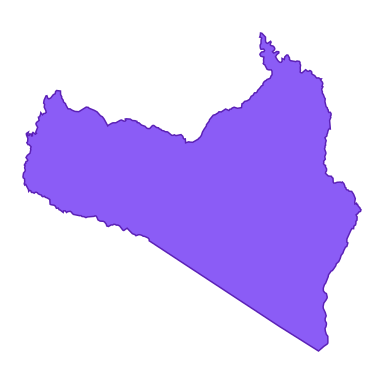 Araguaçu, Tocantins, Brazil (Natural Earth projection)
{"feature_id": "56859067B84817791137165", "entity_name": "Araguaçu", "entity_type": "district", "adm_level": 2, "iso_a3": "BRA", "parent_name": "Brazil", "parent_adm1": "Tocantins", "projection": "natural_earth1", "projection_center": [-49.734, -12.841], "detail": "fine", "context": "isolated", "style": "filled", "palette": "violet", "viewbox_px": 384, "rotation_deg": 0, "n_neighbors": 0, "source": "geoboundaries", "source_scale": "gbopen_adm2", "svg_char_len": 5861}
<svg xmlns="http://www.w3.org/2000/svg" viewBox="0 0 384 384"><path d="M321.4,78.9L320.1,78.9L318.8,77.9L316.5,78.0L314.7,75.6L312.5,74.4L311.6,73.5L311.8,72.1L310.8,70.9L309.8,70.5L308.7,71.3L307.4,71.2L305.7,69.7L302.0,72.9L300.9,72.7L300.1,72.0L300.4,70.4L300.2,67.6L300.6,65.1L300.0,63.9L300.0,62.4L299.4,61.4L297.0,61.0L295.8,61.6L290.6,60.7L289.4,59.5L289.5,58.0L287.8,55.0L286.7,55.0L284.8,56.9L284.3,59.5L282.0,58.4L282.1,61.1L281.3,62.2L280.1,62.4L279.2,61.9L277.8,60.5L275.5,56.8L276.8,54.6L278.9,52.9L278.7,51.7L276.7,51.5L274.8,52.7L273.6,53.0L272.5,51.7L274.5,49.8L274.8,48.7L274.3,47.3L273.0,46.0L271.0,45.6L270.3,44.9L270.5,43.5L271.1,42.2L270.6,41.3L267.5,43.4L266.5,43.0L265.7,41.9L265.5,40.6L265.5,37.1L261.9,33.3L260.5,33.0L260.2,35.9L259.7,37.1L260.8,37.4L261.7,38.1L261.1,39.7L261.0,43.6L260.3,44.7L260.1,45.8L260.4,48.2L261.0,49.3L263.7,49.0L264.6,50.4L263.9,51.7L261.8,51.9L260.3,53.4L259.9,54.6L260.8,56.2L263.9,57.1L263.5,59.9L263.7,62.4L263.2,63.5L263.8,64.3L264.7,64.7L267.1,69.3L268.4,69.8L271.2,69.9L272.0,71.2L272.1,74.7L271.2,75.7L270.1,78.3L267.0,79.5L266.2,80.4L265.0,81.0L263.8,82.1L263.0,83.6L262.9,85.2L261.4,86.0L259.5,88.5L257.7,90.3L257.1,91.9L256.1,92.8L254.5,92.8L253.0,95.3L251.2,96.3L249.5,99.4L246.9,100.9L244.6,101.4L243.0,103.3L242.0,103.7L241.5,107.6L237.5,108.3L234.1,107.2L232.0,108.1L231.4,109.0L229.9,109.2L228.9,110.5L225.6,109.0L221.3,111.9L218.9,111.8L217.5,113.4L216.7,113.6L215.6,114.5L213.2,115.2L209.5,119.7L209.2,121.1L206.5,124.6L206.3,126.1L204.3,128.9L202.5,132.0L201.4,135.4L199.7,137.7L198.7,138.3L198.1,139.2L192.7,142.3L189.8,142.1L188.8,141.8L185.6,142.8L185.3,138.9L184.3,139.1L183.4,138.4L182.8,136.3L181.0,134.6L176.7,135.5L175.6,135.5L174.3,134.8L173.0,135.4L171.7,135.3L167.6,131.9L165.2,131.7L163.9,130.9L161.5,130.3L161.0,129.4L159.2,128.8L158.6,127.8L156.5,127.5L153.9,125.5L153.0,125.4L152.1,125.9L150.0,128.3L149.1,128.6L147.7,128.5L146.6,128.0L145.0,126.3L141.4,125.0L139.1,122.9L137.1,122.5L137.0,121.4L135.0,120.7L132.3,120.5L130.3,119.1L126.1,118.8L125.2,119.1L125.8,120.4L124.9,121.2L123.8,121.1L121.5,120.0L120.3,120.3L115.8,122.8L113.0,122.8L111.7,123.3L108.5,125.1L107.8,125.9L104.0,118.9L102.4,116.8L100.4,115.7L97.1,111.9L94.2,110.3L89.2,108.3L88.3,107.4L86.2,107.1L78.8,111.7L74.9,111.4L71.9,110.1L70.1,108.9L68.0,108.8L65.9,105.0L65.5,103.7L63.5,101.9L63.1,100.0L61.6,98.0L61.8,96.9L60.6,94.6L60.5,91.0L56.6,90.5L55.6,91.5L55.2,93.7L53.3,94.7L50.7,98.0L49.3,98.7L48.4,98.7L47.7,98.0L46.9,95.7L46.0,95.9L44.1,100.2L43.6,103.1L44.6,104.3L44.2,107.1L45.8,110.6L46.2,112.4L45.2,113.3L43.8,113.5L42.5,114.8L40.8,112.7L40.5,114.5L39.6,116.7L38.4,117.2L39.1,120.4L37.0,122.0L36.0,123.3L36.1,124.6L37.7,127.3L35.7,132.3L36.5,133.3L35.4,134.2L33.0,132.4L32.3,133.3L32.4,135.8L31.5,135.9L31.1,134.1L29.7,133.9L29.2,135.5L28.1,135.6L27.8,134.6L28.4,132.1L26.4,133.5L26.4,134.8L27.9,138.5L27.6,141.7L26.8,142.7L28.1,144.7L29.1,144.6L31.1,146.8L30.5,148.5L30.8,149.6L30.0,153.2L27.3,155.4L26.0,157.5L27.8,160.1L27.2,161.1L26.1,161.5L25.6,162.4L25.7,163.5L24.6,164.2L24.4,165.2L25.1,165.9L24.6,167.8L25.3,170.0L24.9,171.4L23.5,173.1L23.0,176.5L23.2,177.8L24.5,178.7L24.7,181.7L24.2,183.9L24.8,185.1L25.7,184.4L28.5,189.7L28.7,191.3L29.5,190.4L30.7,190.7L31.5,192.4L33.0,192.5L34.2,193.2L35.2,192.3L36.5,192.3L37.4,192.7L38.1,193.7L39.2,194.3L41.5,195.2L41.9,196.2L42.7,196.7L44.6,196.3L45.3,197.3L47.2,197.9L49.8,199.5L50.1,204.2L51.0,204.7L54.0,205.2L55.4,206.2L56.4,208.3L58.2,208.1L59.2,209.8L60.1,210.0L63.2,212.4L63.5,210.9L65.1,210.8L66.6,212.5L67.5,211.7L70.2,211.3L71.6,212.3L72.2,213.3L73.4,214.4L79.6,215.7L81.0,215.6L82.0,216.5L84.2,216.7L85.9,217.6L87.5,216.9L94.0,216.4L95.1,215.8L96.1,216.1L96.9,217.2L98.0,219.9L100.1,221.1L103.2,221.3L104.5,221.9L106.3,224.3L106.7,225.9L108.4,226.5L111.2,224.9L112.7,225.0L113.8,224.3L115.2,224.4L116.2,225.1L117.9,225.1L119.7,226.0L122.8,230.1L123.8,230.5L127.1,228.2L132.4,233.7L134.9,234.6L135.9,235.7L138.6,234.7L140.0,234.7L142.0,235.4L143.1,236.2L144.7,236.4L148.0,237.9L149.2,239.3L149.2,240.8L279.7,326.6L318.5,351.0L323.9,346.3L327.0,344.2L327.7,343.4L327.9,342.3L327.8,336.3L326.3,334.3L325.4,331.3L325.0,328.4L325.9,326.8L326.4,324.7L326.4,323.0L325.3,321.0L325.1,319.8L325.2,318.4L326.2,315.9L325.3,312.7L323.3,308.4L323.1,306.7L323.8,303.1L326.1,299.9L327.1,298.0L327.2,297.0L326.4,293.6L324.8,292.7L323.4,290.9L323.3,288.1L324.4,284.7L325.6,283.2L327.0,279.7L328.2,276.7L328.5,274.8L331.1,271.1L332.3,270.6L333.3,269.4L335.7,265.9L336.3,263.8L338.8,261.5L340.2,258.5L341.1,255.4L342.9,253.1L343.8,250.5L345.5,247.1L346.8,246.5L347.9,242.9L346.8,242.0L346.9,239.0L351.0,230.0L352.0,228.5L353.6,228.7L353.8,226.5L354.4,225.6L355.5,225.0L355.9,223.4L355.9,221.4L357.0,220.1L357.1,216.8L356.4,215.8L356.2,214.6L357.6,213.8L358.9,212.0L360.5,211.4L361.0,209.7L360.1,208.7L359.8,207.6L358.9,206.9L358.0,205.7L357.5,204.3L356.6,204.4L356.4,203.2L354.9,203.9L354.7,202.2L355.3,198.6L353.6,194.3L351.7,191.4L349.1,191.2L348.3,190.1L347.0,189.9L346.0,188.9L345.9,187.8L344.9,187.0L344.7,185.6L343.8,183.5L342.3,182.0L341.5,182.6L340.4,182.1L337.1,182.3L335.1,183.1L333.8,183.0L333.2,182.1L333.0,178.2L331.9,177.3L331.5,176.3L328.3,176.0L325.5,173.3L325.7,172.1L326.5,170.9L326.6,168.9L325.4,166.7L325.5,165.4L324.4,164.9L323.5,163.6L323.8,162.6L323.7,161.1L325.3,159.2L324.7,156.7L325.9,153.6L325.8,152.3L324.5,148.8L325.0,147.6L325.0,146.1L325.6,145.4L325.5,143.1L326.2,140.7L324.9,137.7L326.9,135.9L326.9,134.5L327.4,133.6L328.1,130.5L328.6,129.6L329.4,128.6L330.3,128.9L329.6,120.4L330.8,117.5L330.5,116.0L331.1,115.1L331.0,113.4L330.1,112.2L329.0,112.5L328.3,111.4L328.3,110.1L327.5,109.0L327.3,107.8L326.1,106.7L324.9,101.5L325.2,98.7L324.4,97.5L323.3,94.5L322.3,93.1L322.4,91.7L321.9,90.4L321.7,89.0L322.9,86.8L322.0,86.3L322.8,83.7L322.4,82.2L320.7,80.2L321.4,78.9Z" fill="#8b5cf6" stroke="#5b21b6" stroke-width="1.5"/></svg>